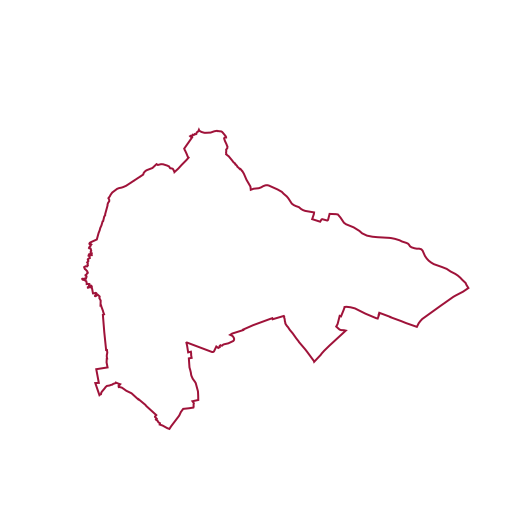 the district of Onesti, Bacau, Romania, rotated 342°
{"feature_id": "2599482B34772359254641", "entity_name": "Onesti", "entity_type": "district", "adm_level": 2, "iso_a3": "ROU", "parent_name": "Romania", "parent_adm1": "Bacau", "projection": "orthographic", "projection_center": [26.773, 46.26], "detail": "fine", "context": "isolated", "style": "outline", "palette": "rose", "viewbox_px": 512, "rotation_deg": 342, "n_neighbors": 0, "source": "geoboundaries", "source_scale": "gbopen_adm2", "svg_char_len": 5997}
<svg xmlns="http://www.w3.org/2000/svg" viewBox="0 0 512 512"><g transform="rotate(342 256 256)"><path d="M208.2,329.8L209.2,329.0L209.6,328.0L209.6,326.9L209.2,325.3L208.5,324.3L207.1,323.0L209.4,322.4L221.0,322.5L221.0,322.0L231.9,320.9L250.3,320.2L252.3,320.2L252.3,321.3L263.9,321.6L264.1,322.3L263.7,323.4L263.8,324.6L263.3,327.0L263.3,328.3L263.1,328.8L263.2,330.1L263.9,332.4L264.4,333.4L265.3,336.7L267.0,340.9L268.8,346.7L270.2,350.5L270.2,350.9L274.0,360.1L275.0,362.9L278.6,373.7L278.6,374.6L286.9,370.1L288.4,369.0L291.7,367.1L298.4,363.8L318.3,354.7L316.6,353.7L314.3,352.9L313.2,352.2L312.5,351.4L310.5,347.9L312.6,345.9L317.1,338.8L318.2,339.7L322.5,334.6L323.9,332.8L324.4,331.9L326.2,332.2L330.1,334.0L333.9,336.4L342.2,344.6L351.0,352.2L352.4,353.1L354.8,350.0L354.5,349.8L355.7,348.1L365.0,355.5L364.9,355.7L374.0,362.8L377.9,366.1L387.1,373.1L390.0,370.2L392.3,368.6L394.6,367.3L416.2,360.4L431.1,355.8L434.1,355.2L441.9,353.9L448.1,352.1L447.2,348.4L447.0,346.4L444.8,342.4L443.6,339.8L441.9,337.0L440.0,334.6L436.3,330.9L433.4,327.2L429.4,323.9L422.6,318.7L420.5,316.3L418.8,313.8L417.6,311.2L416.7,308.2L416.1,302.4L415.3,300.7L413.4,299.4L411.3,298.8L409.1,297.6L406.6,295.8L405.5,294.4L405.0,292.6L404.5,291.4L403.2,290.1L399.3,287.3L397.4,285.4L393.4,282.6L390.2,280.8L388.5,280.0L377.2,275.6L372.6,273.6L367.8,270.9L363.9,267.2L362.1,264.1L357.7,258.9L351.4,253.6L349.9,251.5L348.2,245.5L346.7,241.8L344.9,240.9L339.0,238.7L335.7,243.9L334.9,244.3L334.6,244.2L330.3,241.4L329.6,241.5L327.6,243.2L320.8,238.3L324.0,234.0L324.7,232.5L316.7,228.3L314.8,226.8L313.3,225.1L311.9,222.8L309.3,220.8L307.6,219.2L306.2,217.2L304.6,211.2L303.7,208.9L301.5,205.3L300.4,203.0L297.1,199.4L289.9,192.9L288.5,192.1L286.8,191.7L284.4,191.8L282.1,192.3L279.6,192.4L274.6,191.3L271.5,191.4L272.1,188.6L272.1,187.9L270.5,180.5L269.9,174.0L269.2,170.9L268.9,170.7L268.8,170.1L268.1,168.4L267.6,168.5L266.5,166.3L265.9,165.5L265.8,164.6L265.4,163.5L264.6,162.5L264.8,161.7L263.6,160.0L262.8,157.7L260.8,152.6L260.3,152.0L259.0,150.0L259.4,149.4L259.5,148.3L260.1,147.2L260.5,145.6L262.0,144.6L262.7,143.0L262.5,142.3L262.5,140.9L262.0,137.0L262.0,134.4L262.5,133.8L263.7,133.8L264.2,134.0L264.3,133.7L264.2,132.9L264.0,132.2L262.6,128.6L262.1,127.5L261.3,126.7L259.8,126.1L259.2,125.7L258.3,125.5L257.6,124.9L254.9,124.5L251.0,124.6L245.5,123.1L244.7,122.7L242.5,121.2L240.8,119.4L240.7,118.3L239.5,119.7L238.2,120.0L237.7,120.3L237.0,121.5L236.6,121.6L236.1,121.5L235.5,121.1L234.9,121.6L234.3,121.4L233.8,121.6L233.2,121.1L233.0,121.3L233.2,121.6L231.9,122.5L231.9,122.0L231.6,122.0L231.2,121.5L230.4,121.7L230.7,122.3L231.8,123.5L220.9,131.7L221.0,133.3L221.2,134.2L221.6,137.5L221.8,140.7L222.3,141.6L219.4,143.3L213.4,146.4L209.2,148.8L204.4,151.0L204.5,150.2L204.4,149.8L204.2,149.7L204.1,148.4L203.8,147.4L203.0,146.7L201.6,146.1L201.4,145.7L201.0,144.0L199.4,142.5L195.9,140.0L193.9,139.3L190.8,139.1L189.8,137.9L184.7,140.3L178.8,140.6L177.4,140.9L175.9,141.6L174.7,142.5L173.9,143.7L154.1,149.1L151.0,149.4L149.2,149.4L146.8,149.1L144.7,149.2L138.9,151.2L136.7,152.8L135.4,154.1L133.5,155.4L133.8,156.9L133.5,158.2L133.2,158.7L131.9,159.6L130.8,161.0L130.5,161.9L129.7,163.2L125.4,169.7L125.3,170.2L125.1,170.7L123.9,171.5L121.4,175.6L120.8,175.7L118.5,179.1L116.5,181.3L115.3,183.2L113.4,185.5L109.7,191.1L103.5,191.8L102.0,192.1L101.3,192.9L101.4,193.3L102.3,193.2L102.7,193.7L102.9,194.1L102.5,194.2L101.9,195.2L100.3,196.0L99.6,196.8L99.8,197.2L100.7,197.5L101.0,197.8L100.9,200.2L100.5,200.5L100.2,200.6L99.9,201.6L99.4,202.4L100.6,202.7L100.5,203.2L100.1,203.7L100.0,204.4L99.3,204.2L98.2,202.8L97.8,202.8L97.6,203.4L97.1,203.5L96.8,204.0L97.6,204.9L97.6,205.3L97.3,206.0L97.3,206.6L95.5,206.9L95.0,207.2L94.9,207.4L95.1,208.1L95.1,208.5L94.9,209.1L94.3,209.2L93.5,210.0L93.8,210.3L93.9,210.6L93.5,211.7L93.1,212.1L93.2,213.0L92.2,213.7L90.7,213.1L89.1,213.5L89.2,215.5L89.9,216.3L90.1,217.0L90.7,218.2L90.8,218.5L90.7,219.1L90.9,219.8L90.8,220.1L90.0,220.3L88.9,221.3L87.9,221.5L87.8,221.9L88.5,222.9L88.5,223.2L88.3,223.6L87.9,224.0L87.5,224.7L87.3,224.9L87.1,224.6L86.6,224.5L84.8,224.5L84.1,224.0L83.7,224.0L83.6,224.3L83.7,224.7L84.0,225.1L85.3,225.8L86.8,227.6L86.6,229.4L86.3,230.4L88.0,230.8L88.3,231.1L88.9,231.2L88.9,231.5L88.7,231.8L88.1,232.2L88.0,232.8L87.8,233.2L87.5,233.5L86.4,233.7L86.3,234.2L86.6,234.3L87.1,234.1L88.4,234.4L89.4,233.9L89.9,233.3L90.2,233.4L90.4,234.3L90.2,235.1L89.8,235.7L90.0,236.2L90.0,236.7L89.4,241.2L90.0,241.4L92.1,241.5L92.5,241.8L92.7,242.2L92.6,242.6L90.5,244.2L90.5,244.4L90.8,244.6L91.3,244.6L93.5,243.9L94.8,246.2L94.5,246.9L94.0,247.5L94.5,250.4L92.8,255.1L93.4,255.2L93.3,256.0L93.5,261.0L93.4,262.2L93.5,264.5L92.2,264.6L88.2,281.4L84.4,299.1L85.2,299.3L84.7,302.0L83.5,304.1L83.0,305.5L82.7,307.4L82.7,307.6L82.3,307.6L81.0,311.0L80.4,316.1L69.1,314.3L67.3,328.1L63.9,327.2L64.1,339.8L64.6,339.5L65.2,339.7L65.9,339.5L66.6,338.2L67.5,337.4L71.2,335.1L72.4,334.2L74.0,333.5L76.8,333.9L78.2,333.8L79.7,333.9L80.6,333.5L83.3,333.5L83.6,333.1L85.6,334.8L87.2,336.0L86.4,336.5L85.3,336.9L85.1,337.1L85.0,338.3L85.8,338.5L87.7,339.7L89.1,341.5L91.0,344.1L95.2,348.1L99.7,356.0L100.0,355.8L104.8,363.4L105.3,364.8L112.0,376.5L110.3,377.5L110.2,377.8L111.3,380.1L110.3,380.6L110.6,381.3L111.2,381.9L111.4,382.0L111.8,384.0L113.0,385.4L112.3,386.5L114.8,388.4L118.4,392.3L120.2,393.7L122.8,391.6L132.9,384.6L133.8,383.9L136.4,381.1L139.5,378.9L145.2,380.1L149.6,380.8L150.1,380.1L150.7,378.0L151.3,377.1L151.3,376.5L150.7,374.5L156.6,375.1L157.9,370.8L158.9,367.1L159.0,366.3L159.4,358.3L159.1,356.9L157.9,353.2L157.6,350.3L157.6,349.0L158.0,346.8L158.2,344.3L158.3,341.4L160.5,332.6L163.3,333.0L163.7,330.0L164.1,329.1L164.5,326.9L161.7,326.7L162.8,319.7L163.0,317.0L163.5,316.9L184.5,333.7L185.5,334.0L186.2,333.9L186.7,333.6L190.3,329.8L191.7,331.8L193.4,331.4L193.4,330.6L193.8,330.2L194.6,329.9L194.9,330.3L196.0,330.8L197.2,330.2L198.2,330.1L202.7,330.5L208.2,329.8Z" fill="none" stroke="#9f1239" stroke-width="2"/></g></svg>